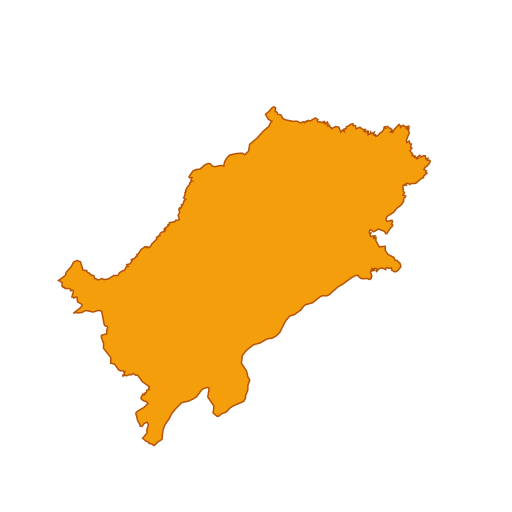 Chereponi, Northern, Ghana (Equal Earth projection), rotated 53°
{"feature_id": "2480657B14989848452061", "entity_name": "Chereponi", "entity_type": "district", "adm_level": 2, "iso_a3": "GHA", "parent_name": "Ghana", "parent_adm1": "Northern", "projection": "equal_earth", "projection_center": [0.223, 10.179], "detail": "fine", "context": "isolated", "style": "filled", "palette": "amber", "viewbox_px": 512, "rotation_deg": 53, "n_neighbors": 0, "source": "geoboundaries", "source_scale": "gbopen_adm2", "svg_char_len": 6056}
<svg xmlns="http://www.w3.org/2000/svg" viewBox="0 0 512 512"><g transform="rotate(53 256 256)"><path d="M156.7,428.5L160.6,426.7L163.0,429.0L164.8,428.7L164.7,429.5L165.9,427.8L167.1,428.1L169.7,424.6L171.3,424.1L172.1,425.0L173.1,422.9L174.5,423.2L177.9,427.7L178.8,426.7L180.0,426.8L180.2,424.8L181.1,423.8L185.2,426.1L190.0,424.1L191.1,425.1L191.7,428.0L191.8,436.3L193.1,433.2L194.1,432.8L196.5,428.8L196.7,426.1L197.5,424.3L202.7,419.9L204.6,414.6L207.1,412.5L219.4,418.5L221.0,418.6L222.7,417.1L224.1,417.7L225.2,419.6L228.3,422.1L226.3,427.1L227.7,428.4L234.2,430.4L237.8,433.3L249.9,433.1L254.1,436.6L257.3,434.0L264.5,434.3L266.5,433.0L267.4,431.1L269.4,431.4L269.5,430.5L270.8,432.4L271.6,432.3L271.0,434.0L271.8,434.5L272.3,432.6L273.8,431.4L274.6,428.3L275.8,427.3L275.9,424.7L278.7,423.9L279.9,422.2L288.1,422.4L296.3,419.7L296.9,421.2L298.3,421.3L297.5,423.9L298.9,425.7L298.7,427.1L299.2,427.2L299.9,429.4L298.9,428.4L298.1,429.7L299.0,430.2L299.0,431.7L300.7,433.7L303.7,433.1L306.3,431.2L308.8,431.1L309.5,436.5L308.6,444.2L309.2,446.6L316.5,449.7L320.1,450.0L322.3,451.0L323.4,449.6L322.5,446.1L323.2,442.9L326.2,443.6L329.3,448.0L331.7,449.3L333.3,456.2L337.6,455.3L339.8,453.9L341.2,454.2L343.7,452.2L346.1,451.6L345.5,445.8L345.9,441.4L339.2,435.2L336.0,430.4L334.0,424.0L331.1,417.9L329.6,411.7L328.4,403.6L331.2,397.4L332.4,392.1L332.6,388.0L330.4,380.5L330.3,377.4L332.0,373.5L333.3,372.9L339.6,379.4L350.7,380.0L355.5,384.7L360.5,383.6L361.5,382.2L361.3,378.7L362.7,373.6L361.7,368.1L362.0,364.4L364.7,353.4L363.2,350.0L361.5,348.6L358.1,343.2L354.4,340.3L351.3,335.6L347.6,335.2L342.3,332.8L332.9,332.2L327.3,326.9L325.6,320.6L325.4,311.4L327.9,305.1L329.0,296.6L331.3,292.8L332.0,287.8L331.4,283.1L325.8,271.8L324.2,265.1L325.9,260.8L326.1,252.7L324.8,248.4L324.7,245.8L327.4,239.0L327.2,228.4L328.3,225.9L330.3,223.7L330.9,221.1L330.0,209.0L330.7,203.8L330.8,192.3L331.5,188.3L332.9,186.1L334.7,186.4L337.6,185.4L341.1,180.6L343.2,179.4L343.2,177.2L341.9,176.7L341.8,175.5L337.6,174.2L335.7,170.6L337.2,169.8L337.9,171.9L338.7,169.8L337.6,168.7L337.9,167.6L339.7,167.5L340.3,169.0L341.0,169.0L340.2,165.4L341.4,162.6L344.9,160.6L343.6,159.6L344.1,158.3L345.5,157.7L347.0,155.0L349.0,156.2L352.3,154.6L353.0,153.0L352.8,150.6L351.8,146.8L348.6,145.4L344.5,146.1L342.6,147.5L340.2,146.7L334.0,149.7L329.4,149.4L325.9,147.0L322.9,152.1L315.6,151.0L313.5,148.9L313.0,149.1L313.0,151.3L311.9,151.2L311.4,149.0L309.1,152.7L307.7,152.1L306.8,150.3L306.0,151.6L304.3,150.3L303.7,148.9L307.5,147.4L308.2,142.0L313.6,138.6L316.4,138.9L316.8,138.0L314.8,132.6L314.2,128.8L313.1,128.1L311.9,128.6L311.0,126.3L309.2,125.9L307.7,129.6L306.6,130.7L305.1,130.2L303.3,127.7L303.9,119.0L302.6,115.4L302.7,109.7L301.3,105.3L299.1,103.6L298.6,100.7L297.8,100.4L295.7,102.0L294.8,99.3L292.9,99.3L288.1,96.3L288.2,94.8L289.2,94.7L289.9,93.1L288.7,93.1L288.5,92.1L290.2,90.4L291.4,90.2L291.6,88.5L294.1,84.7L293.6,78.0L294.2,75.0L293.0,74.0L292.8,69.6L291.0,70.1L290.5,68.7L288.1,69.9L286.7,67.1L287.3,65.8L286.7,64.9L286.7,62.8L285.3,59.9L284.1,59.7L282.6,61.5L281.4,59.9L280.7,62.0L277.8,60.5L276.6,61.9L276.3,64.8L274.0,64.6L274.2,67.3L275.5,67.6L275.0,69.1L274.1,68.7L272.6,70.0L272.2,68.7L269.7,71.0L269.0,69.5L264.5,69.8L263.6,66.5L261.9,67.0L260.1,64.5L258.9,65.5L256.4,64.5L256.0,67.4L254.2,66.4L249.9,59.6L247.3,58.5L244.5,59.2L244.9,57.9L246.3,57.2L244.2,55.8L242.9,58.8L240.1,59.8L240.0,62.3L241.0,63.7L238.9,62.4L237.0,62.5L237.9,68.4L239.6,72.9L237.7,73.9L237.7,71.5L235.0,71.7L233.7,72.8L231.9,72.8L230.4,75.1L230.3,76.1L231.6,75.8L230.9,76.6L232.3,79.0L232.7,81.8L232.3,82.5L233.2,86.0L232.7,88.3L231.1,87.5L230.3,90.1L230.0,88.5L229.2,88.5L228.3,87.0L227.8,90.0L226.2,89.8L227.2,90.8L226.7,93.1L226.3,92.2L225.1,93.0L225.0,91.9L224.1,91.1L223.4,91.6L223.7,92.7L222.4,92.9L222.1,94.7L221.4,94.6L221.6,93.0L220.8,92.4L219.3,94.5L215.7,95.5L214.7,99.5L211.8,98.1L210.2,99.9L208.8,99.0L207.6,101.4L208.0,102.6L207.2,106.1L208.5,107.3L207.6,109.5L209.9,110.6L207.4,111.2L208.1,113.7L202.9,112.3L200.6,114.4L199.9,119.0L199.2,118.5L197.5,119.4L196.0,118.6L195.3,120.6L193.8,118.7L191.8,118.5L192.5,120.9L189.7,120.4L189.4,121.5L190.1,121.8L189.1,122.0L188.8,123.5L187.4,124.1L186.2,125.9L184.8,125.6L184.4,124.5L181.5,125.4L180.7,131.8L179.2,132.5L179.1,134.4L178.6,134.5L179.1,135.7L178.3,136.3L178.7,137.0L177.0,137.6L176.7,140.2L173.1,142.1L170.6,145.5L165.1,150.4L162.3,151.8L158.5,151.2L155.8,153.3L153.8,152.7L152.1,153.6L149.4,151.1L147.5,152.1L147.3,154.7L148.1,157.0L148.6,163.2L154.4,163.9L158.0,162.2L158.3,164.2L160.2,167.7L160.7,175.6L162.5,184.0L163.0,193.9L167.8,198.9L168.4,204.0L165.6,205.1L162.5,209.8L159.5,216.3L160.3,220.9L161.9,224.5L164.9,227.8L162.9,228.9L160.0,235.0L157.7,236.9L154.8,236.9L153.3,238.5L152.4,242.3L152.9,248.5L150.8,251.9L151.1,252.8L150.2,254.0L150.2,255.3L152.3,261.8L153.4,262.1L154.8,260.0L155.6,261.5L157.1,262.6L157.6,262.2L157.2,263.2L157.9,263.8L157.8,265.2L159.0,265.8L159.4,268.9L161.4,272.9L162.5,273.1L162.5,274.5L163.6,275.0L166.2,278.9L168.5,278.0L168.6,280.1L170.9,283.7L170.3,284.8L171.3,284.8L172.1,286.1L171.6,287.7L171.8,288.5L172.5,287.9L172.7,289.8L174.8,290.3L176.8,293.8L180.6,295.1L180.6,296.8L179.1,298.6L179.7,300.2L177.3,305.1L179.0,307.1L178.1,307.5L179.1,308.6L179.0,312.5L180.4,312.2L181.2,313.5L180.1,313.7L181.2,314.9L180.1,317.3L180.4,319.2L181.9,320.7L181.2,321.0L181.6,322.2L181.2,324.3L182.7,324.9L183.7,332.0L184.8,334.3L184.9,335.6L184.1,337.6L183.3,337.2L182.4,338.2L182.5,339.1L181.8,339.2L181.7,344.1L183.3,348.5L183.2,350.5L183.9,350.3L184.7,351.3L184.3,351.9L184.9,355.1L184.1,356.2L184.1,357.8L185.0,357.4L186.4,361.4L185.1,364.4L187.3,364.4L186.6,365.4L186.8,366.8L188.4,369.8L187.5,371.2L187.2,375.0L188.5,378.1L186.0,381.1L185.5,387.5L183.6,391.2L181.2,392.7L180.8,395.0L179.5,397.1L177.8,397.4L177.1,398.4L174.1,397.4L171.2,399.5L169.7,399.2L168.5,400.2L166.5,400.5L165.7,399.9L163.3,402.7L155.1,399.7L151.9,401.5L151.2,404.2L151.4,406.1L153.3,410.0L154.9,417.7L156.8,419.7L156.7,428.5Z" fill="#f59e0b" stroke="#b45309" stroke-width="1.5"/></g></svg>